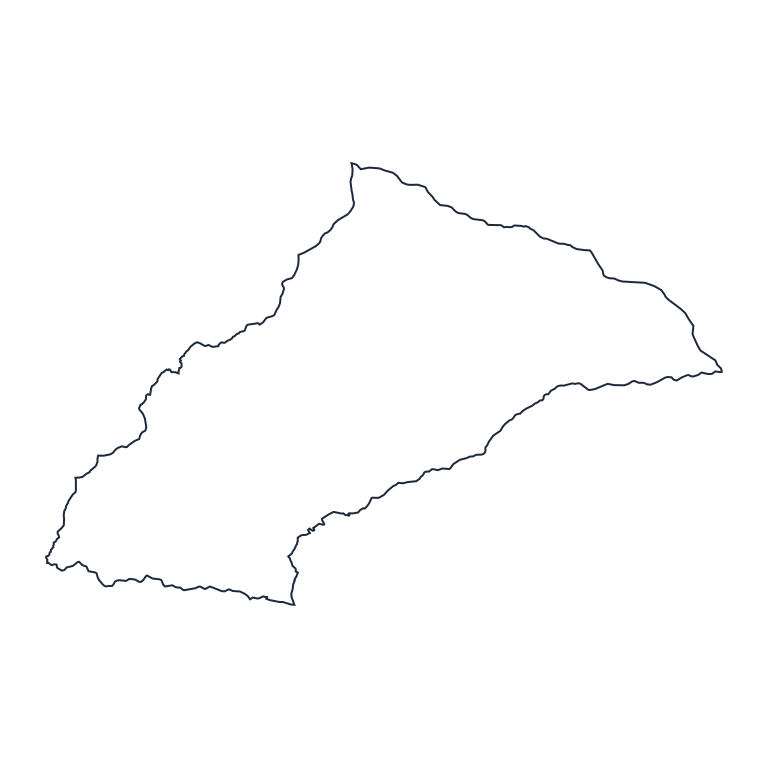 outline of Hodac, Mures, Romania
{"feature_id": "2599482B70822434260809", "entity_name": "Hodac", "entity_type": "district", "adm_level": 2, "iso_a3": "ROU", "parent_name": "Romania", "parent_adm1": "Mures", "projection": "orthographic", "projection_center": [24.985, 46.821], "detail": "fine", "context": "isolated", "style": "outline", "palette": "slate", "viewbox_px": 768, "rotation_deg": 0, "n_neighbors": 0, "source": "geoboundaries", "source_scale": "gbopen_adm2", "svg_char_len": 6062}
<svg xmlns="http://www.w3.org/2000/svg" viewBox="0 0 768 768"><path d="M715.4,360.4L700.3,350.4L697.5,345.4L693.0,335.4L692.6,333.9L693.4,325.9L688.9,319.4L685.1,312.9L680.0,308.3L668.7,299.9L665.7,296.9L664.0,293.7L661.1,290.0L654.5,286.2L645.1,282.8L622.3,281.5L618.1,280.3L614.3,278.5L609.7,278.3L606.5,277.3L604.0,275.7L603.3,274.3L602.6,270.5L598.2,264.0L591.3,252.0L589.7,250.3L585.3,250.2L576.8,249.1L572.5,247.1L570.3,245.2L567.8,245.0L564.7,243.9L558.6,243.6L547.0,238.8L543.3,238.4L539.9,236.6L533.6,230.3L530.2,228.6L528.4,227.0L525.4,226.1L524.1,226.7L521.3,225.9L514.9,225.5L513.8,225.7L512.4,226.8L510.3,227.2L506.8,226.9L504.0,227.3L501.2,225.2L488.1,224.9L485.0,221.5L483.0,220.3L473.4,219.1L470.8,218.0L467.9,215.4L465.4,214.0L458.1,213.0L455.4,211.3L451.6,207.4L447.8,205.9L440.2,205.1L434.5,199.9L432.7,197.0L427.9,192.0L425.6,187.5L424.7,186.9L417.7,184.7L409.9,184.9L407.1,184.5L402.8,182.9L401.2,181.5L397.1,176.0L393.0,172.8L384.3,170.3L379.6,168.4L369.2,167.6L360.8,169.2L357.2,165.3L355.8,164.4L351.5,163.2L352.6,169.2L352.2,175.8L351.3,177.9L350.5,181.8L351.6,190.5L352.6,195.2L352.9,199.3L353.8,201.8L353.9,204.3L353.2,206.8L350.6,210.9L347.8,214.3L338.1,220.0L333.6,224.2L332.3,227.3L330.3,230.1L327.3,232.6L325.1,233.3L323.1,235.3L321.2,238.0L320.2,241.8L318.8,243.6L315.7,246.2L304.1,252.7L298.5,254.9L298.6,260.7L298.1,265.2L296.8,269.6L294.2,275.1L291.9,278.1L286.9,279.5L283.1,281.7L282.3,283.1L282.1,284.6L283.9,287.8L283.9,289.1L282.5,293.8L280.6,297.0L280.0,303.3L278.5,307.0L276.9,309.4L274.2,315.2L272.1,316.2L267.1,317.6L265.9,318.5L263.2,322.2L260.0,324.5L259.3,324.5L258.8,323.5L257.8,323.2L247.8,324.7L246.6,325.6L244.7,330.5L243.8,331.1L239.9,332.0L238.7,333.5L237.1,333.8L234.1,336.5L233.0,336.7L231.5,339.0L227.4,340.8L225.1,342.5L224.2,342.9L221.5,342.3L219.3,344.1L218.6,345.0L218.3,346.2L212.5,346.9L208.4,344.9L205.8,346.0L204.6,345.9L199.7,343.1L197.0,342.3L194.6,343.4L190.4,346.8L188.2,350.1L186.4,351.4L184.2,354.5L183.9,356.0L182.4,356.3L179.8,359.1L180.9,360.6L180.0,361.4L180.2,362.2L181.5,363.2L181.5,366.9L180.4,367.9L179.4,368.0L178.5,371.9L178.6,373.4L175.5,372.2L171.3,372.1L170.1,369.8L169.0,369.3L168.2,370.2L166.7,369.5L163.6,372.0L161.7,372.9L157.6,379.0L157.6,380.6L156.8,382.1L153.6,385.2L152.0,386.1L151.9,386.8L151.3,387.5L150.1,394.9L147.7,394.2L146.2,395.4L145.9,399.3L143.8,402.4L141.7,404.4L140.7,404.5L139.1,408.1L139.2,409.2L142.9,413.8L144.8,418.2L146.3,427.1L145.7,429.7L144.9,430.9L142.4,432.2L141.1,433.7L140.0,436.0L139.2,439.0L135.0,440.8L128.5,445.3L126.9,447.1L125.6,447.2L121.9,446.3L117.5,448.1L115.6,449.6L112.9,452.8L110.5,454.3L103.7,455.7L98.1,455.6L97.5,458.7L97.5,461.8L96.2,465.3L95.5,466.3L90.1,470.9L89.5,472.3L86.7,473.6L82.7,476.8L79.5,477.5L75.4,477.8L75.9,480.2L75.9,490.2L75.5,492.1L72.7,494.6L68.3,501.4L68.0,502.9L66.1,506.1L65.8,508.3L64.2,511.2L63.7,515.8L64.1,518.8L63.8,525.2L61.8,527.9L57.7,531.6L57.6,533.2L58.8,536.0L59.1,537.1L58.8,537.7L57.2,538.8L55.6,541.5L53.7,542.6L53.8,544.5L53.2,545.9L53.4,547.1L50.9,549.9L50.8,551.7L49.8,552.4L49.2,554.9L48.2,555.9L46.7,556.2L46.2,556.6L46.1,557.7L47.3,559.6L47.1,563.0L48.4,562.8L51.5,565.1L54.7,564.3L56.3,564.5L56.7,564.8L56.9,567.1L57.4,568.0L62.0,570.7L64.4,570.0L66.6,567.5L72.9,565.9L77.6,562.1L79.1,561.8L82.4,565.2L86.4,566.5L88.5,571.2L95.3,572.5L96.6,573.3L97.8,577.8L98.9,579.9L103.0,584.7L104.8,586.1L106.0,586.4L109.4,585.9L111.9,586.0L113.2,584.8L115.0,581.6L117.3,580.5L119.1,580.2L126.1,580.9L129.0,579.1L130.9,578.9L135.4,579.7L139.2,581.9L141.0,581.8L143.0,580.4L146.1,576.0L147.0,575.5L152.5,578.5L159.5,579.3L161.0,579.9L161.8,581.0L163.1,584.4L164.9,586.5L172.3,585.3L176.0,587.3L180.2,587.6L183.3,590.0L184.4,590.2L195.8,588.1L198.7,586.6L200.5,586.8L204.8,589.0L205.5,588.9L209.9,586.5L221.8,591.1L224.4,591.4L228.9,589.3L232.8,591.0L239.9,591.5L244.4,593.6L247.5,595.8L250.1,599.3L252.8,597.5L257.3,598.5L259.1,598.3L263.1,596.4L265.9,597.2L266.6,596.8L267.2,597.1L267.0,598.3L266.4,598.3L266.3,598.8L269.8,600.1L279.5,602.0L282.7,602.0L291.4,604.6L294.4,604.8L291.6,597.2L291.3,593.7L292.4,590.3L293.3,584.0L294.7,580.8L294.3,580.4L295.7,577.2L296.1,577.1L297.9,572.6L295.7,571.4L295.8,569.9L295.5,568.4L292.5,565.9L291.5,562.3L290.3,560.2L289.9,558.4L288.3,556.4L291.9,553.5L292.7,551.5L294.5,549.0L296.3,545.0L297.1,544.0L297.1,542.7L297.8,541.0L297.7,537.7L301.4,535.2L306.2,534.8L309.9,533.0L308.0,530.0L309.4,528.6L312.8,530.7L313.8,530.6L314.2,530.3L314.2,529.6L313.3,528.0L319.1,523.8L322.7,524.7L324.2,524.5L324.3,524.1L322.1,520.1L322.1,518.7L328.2,514.7L333.3,512.0L334.3,512.0L341.0,513.5L343.3,513.4L345.5,515.1L347.6,515.1L348.8,515.7L349.4,515.0L348.5,513.8L349.0,513.3L352.7,513.4L358.1,512.5L360.2,510.0L363.5,508.2L364.7,508.6L367.0,506.3L369.1,503.4L371.5,498.1L372.1,497.7L378.6,497.9L383.9,494.9L388.2,490.2L393.2,486.1L395.9,484.9L398.3,482.8L403.0,483.3L407.6,482.1L416.3,481.2L419.8,478.6L420.5,477.2L423.0,475.0L424.3,472.5L425.6,471.7L429.1,471.5L432.0,469.2L434.2,469.3L437.8,470.2L442.4,468.5L449.2,469.0L450.4,468.3L453.3,464.1L459.9,459.8L466.5,458.1L469.9,456.6L473.1,456.4L476.2,454.8L481.7,454.6L483.5,453.9L484.9,452.5L485.4,451.1L485.4,448.2L485.7,447.0L487.0,445.6L488.9,441.7L491.1,438.6L493.4,435.5L500.4,430.8L502.4,427.3L504.6,424.5L509.3,420.5L511.7,419.5L512.8,418.6L515.2,415.1L517.7,414.0L520.1,413.7L522.5,411.1L525.9,408.8L532.3,405.7L534.6,403.7L537.4,402.5L540.0,400.5L542.3,400.2L543.4,399.1L543.8,396.2L544.7,395.0L546.2,394.3L548.3,394.2L550.8,390.8L555.0,388.6L556.8,386.8L558.4,385.9L560.8,385.5L563.9,385.6L572.3,383.4L575.0,383.9L578.6,383.2L580.6,383.9L588.4,389.8L589.9,390.0L594.9,389.1L607.7,383.8L614.0,385.1L624.3,385.3L628.4,383.9L632.4,381.3L634.7,381.0L638.8,382.8L643.7,382.8L647.3,384.4L650.5,384.7L656.7,382.3L665.0,377.7L667.6,377.0L671.5,377.3L673.7,379.7L676.8,380.5L681.8,377.4L687.4,375.1L688.8,375.1L691.4,376.4L693.1,376.5L698.1,375.0L701.6,372.5L707.3,373.9L710.5,374.0L712.0,373.8L715.4,371.4L720.4,372.2L721.9,371.7L720.9,368.3L717.3,364.9L715.4,360.4Z" fill="none" stroke="#1e293b" stroke-width="2"/></svg>